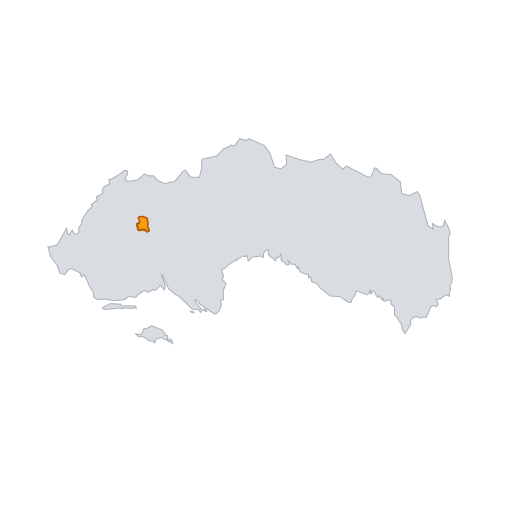 location of Mariestad, Västra Götaland, Sweden, rotated 65°
{"feature_id": "70781695B85574102169861", "entity_name": "Mariestad", "entity_type": "district", "adm_level": 2, "iso_a3": "SWE", "parent_name": "Sweden", "parent_adm1": "Västra Götaland", "projection": "robinson", "projection_center": [13.853, 58.786], "detail": "fine", "context": "in_parent", "style": "filled", "palette": "amber", "viewbox_px": 512, "rotation_deg": 65, "n_neighbors": 0, "source": "geoboundaries", "source_scale": "gbopen_adm2", "svg_char_len": 4568}
<svg xmlns="http://www.w3.org/2000/svg" viewBox="0 0 512 512"><g transform="rotate(65 256 256)"><path d="M128.0,338.2L129.7,341.8L133.5,341.3L135.0,338.7L137.0,331.1L134.6,322.5L137.9,319.6L140.1,314.9L145.2,313.5L152.0,308.1L152.7,302.7L154.3,298.7L148.6,286.7L148.2,283.7L156.9,282.1L160.7,274.1L154.7,269.0L145.5,264.1L148.8,248.7L145.0,240.3L145.5,236.8L144.9,231.4L147.3,229.2L142.8,221.3L147.3,215.8L146.6,213.0L159.4,201.9L167.9,199.9L183.4,201.6L187.2,197.2L187.3,194.8L185.8,189.3L177.1,186.1L186.6,176.2L194.0,166.8L195.3,157.8L197.0,154.0L195.1,145.3L205.1,144.3L214.0,140.7L212.7,135.9L232.0,121.2L232.6,118.6L231.1,116.0L226.3,111.5L227.6,109.4L232.8,108.2L235.3,106.2L239.0,99.3L249.6,93.9L261.3,97.5L266.2,91.3L265.7,82.8L269.9,81.9L301.3,87.3L306.4,84.1L301.0,82.4L306.1,79.0L307.6,76.9L308.0,74.5L307.7,73.1L303.3,70.0L313.1,69.6L318.5,71.0L319.1,72.9L340.8,83.0L357.9,87.0L362.9,89.9L364.8,93.0L367.5,93.2L370.8,96.1L374.2,97.7L371.6,99.8L372.0,104.5L373.0,106.6L371.6,110.6L377.2,111.6L378.2,114.0L375.5,116.5L376.0,119.2L383.6,127.5L382.0,130.2L381.7,133.6L378.6,136.1L378.3,138.7L379.1,142.1L380.2,143.7L383.5,144.8L389.2,153.7L383.9,154.3L379.8,153.1L370.4,154.2L368.1,155.5L360.7,152.0L356.6,154.0L353.7,152.2L351.6,155.1L351.2,159.1L347.8,158.8L349.2,160.3L344.6,160.8L344.3,161.4L345.3,162.4L344.0,163.6L337.6,164.1L336.8,165.3L338.8,166.9L338.8,167.9L334.6,166.4L337.6,169.3L338.3,171.4L329.9,179.9L332.9,182.2L335.5,187.1L338.2,189.3L337.2,191.6L328.4,197.1L323.6,205.6L312.4,211.2L306.4,212.6L302.6,216.6L298.0,215.3L298.0,217.6L295.0,216.2L292.7,219.7L288.7,222.7L284.1,222.2L283.6,222.7L285.1,223.6L279.9,224.4L278.4,227.5L274.5,228.3L273.9,229.3L277.9,229.5L277.1,232.1L272.7,233.3L271.1,235.0L269.2,234.9L269.5,233.7L266.5,233.7L265.6,232.3L265.0,232.7L267.1,236.8L265.7,238.5L268.5,240.1L260.5,244.2L255.5,242.6L254.9,243.9L256.1,247.4L260.4,250.1L257.9,251.9L255.3,260.1L257.3,265.1L251.6,264.0L252.1,265.8L250.3,268.0L251.1,271.2L250.6,273.3L252.0,275.2L251.2,276.2L252.3,285.1L254.0,288.9L253.5,291.9L255.8,293.5L260.8,293.9L262.3,296.4L268.6,294.9L273.1,299.9L281.7,304.1L281.3,306.8L286.8,308.8L290.1,312.6L291.4,315.9L291.0,317.9L282.8,323.3L276.4,326.9L269.8,329.1L270.1,330.0L273.4,330.3L281.5,327.7L283.9,330.0L279.5,331.1L278.7,334.2L276.9,336.2L259.2,343.2L256.9,345.4L249.0,349.0L234.6,348.8L232.4,349.5L244.9,351.0L247.9,353.6L242.0,355.2L244.7,361.4L243.2,363.0L243.2,369.8L241.1,370.0L240.2,372.8L241.4,379.7L242.5,381.6L242.1,383.6L238.8,388.2L240.0,393.8L236.3,403.9L232.0,409.8L228.7,417.7L225.0,420.5L220.5,418.7L213.9,419.7L201.8,419.4L200.3,420.2L201.2,423.0L196.9,422.6L189.3,428.7L189.0,431.6L192.1,437.3L188.4,441.0L180.2,440.1L169.4,442.4L159.7,440.6L160.9,438.6L161.7,431.1L150.6,415.8L155.8,417.3L158.0,416.5L154.8,411.5L159.2,411.2L160.6,409.4L159.8,406.5L156.2,405.3L153.0,400.7L149.7,398.4L143.9,389.3L141.8,383.1L139.8,383.7L138.1,376.5L134.9,375.5L134.4,368.3L131.0,367.5L128.9,364.2L128.6,357.9L124.6,357.1L125.2,354.1L124.0,343.0L122.8,339.6L123.9,337.0L126.0,336.8L128.0,338.2ZM295.3,372.1L293.5,372.8L292.5,374.8L289.7,375.8L289.4,382.1L292.0,384.5L289.4,385.5L287.6,388.9L282.8,391.1L280.9,393.3L279.9,396.4L275.7,398.0L278.7,393.4L274.5,388.1L275.5,386.2L275.0,380.0L283.5,372.3L287.5,371.3L289.4,372.2L290.1,370.3L291.4,369.9L295.3,372.1ZM240.5,415.8L238.3,417.1L237.6,415.2L237.7,407.9L242.4,399.2L244.5,398.5L250.2,386.8L250.8,386.0L252.8,386.7L251.4,387.8L251.5,389.9L247.9,396.2L247.0,400.2L245.7,401.2L240.5,415.8ZM296.9,369.7L296.6,371.4L294.4,370.0L296.4,368.0L300.7,368.5L296.9,369.7ZM285.4,324.2L282.7,326.9L282.2,325.8L282.7,324.4L285.4,324.2ZM279.8,338.4L278.4,338.6L279.3,336.7L281.2,336.3L279.8,338.4Z" fill="#d9dde1" stroke="#a8b0b8" stroke-width="1"/><path d="M171.7,346.6L175.6,346.8L176.3,347.3L176.7,348.0L176.7,348.3L176.4,348.5L176.2,348.8L176.5,349.1L177.0,349.5L176.8,349.7L176.5,350.0L176.4,350.5L176.9,350.8L177.6,350.9L178.3,351.2L178.7,351.5L179.1,351.3L179.3,351.1L179.5,350.8L180.0,350.7L180.5,350.9L180.6,351.3L180.9,351.8L181.1,351.9L182.1,351.9L182.9,351.8L183.2,351.5L183.6,350.8L183.7,350.5L183.9,350.3L183.2,349.9L183.7,349.4L184.0,349.1L184.0,348.6L184.4,348.2L183.9,347.7L183.7,347.6L184.0,347.2L184.7,347.1L185.3,346.8L186.0,346.1L186.1,345.6L185.3,345.3L185.7,345.0L186.9,344.9L187.8,344.7L188.2,344.6L187.9,344.3L187.9,343.7L188.2,343.0L188.1,342.1L187.2,341.8L186.1,341.7L185.2,341.8L184.3,341.7L183.0,341.6L182.1,341.0L181.7,340.4L180.8,340.1L175.8,338.6L172.3,341.8L171.1,345.5L171.7,346.6Z" fill="#f59e0b" stroke="#b45309" stroke-width="1.5"/></g></svg>